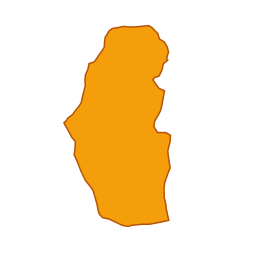 outline of Ujar District, Ucar, Azerbaijan, rotated 74°
{"feature_id": "54616110B8701125158325", "entity_name": "Ujar District", "entity_type": "district", "adm_level": 2, "iso_a3": "AZE", "parent_name": "Azerbaijan", "parent_adm1": "Ucar", "projection": "albers", "projection_center": [47.737, 40.438], "detail": "fine", "context": "isolated", "style": "filled", "palette": "amber", "viewbox_px": 256, "rotation_deg": 74, "n_neighbors": 0, "source": "geoboundaries", "source_scale": "gbopen_adm2", "svg_char_len": 1224}
<svg xmlns="http://www.w3.org/2000/svg" viewBox="0 0 256 256"><g transform="rotate(74 128 128)"><path d="M55.3,147.7L59.9,150.0L65.3,154.3L70.5,156.3L75.5,157.4L82.3,161.3L85.5,163.2L90.9,166.1L94.0,169.7L96.6,173.6L99.8,177.7L101.9,183.1L104.1,185.6L105.2,188.1L107.6,187.8L111.9,186.6L121.4,184.6L126.4,182.3L134.2,185.0L138.7,187.1L147.6,185.9L155.8,185.2L166.7,183.4L174.2,180.2L178.8,178.8L186.3,178.8L192.6,178.8L198.8,179.4L202.7,179.4L204.1,178.7L207.2,177.1L210.4,171.2L215.4,165.5L220.1,160.2L222.6,154.9L222.6,151.1L224.4,141.0L226.4,133.9L226.8,130.3L227.7,119.6L228.0,114.3L226.8,114.2L216.6,113.5L212.3,112.7L204.7,112.3L196.7,110.2L191.0,108.0L182.8,102.3L178.0,98.5L167.6,97.2L161.0,96.1L152.4,91.1L146.6,89.2L142.8,93.0L140.5,100.9L133.8,102.8L128.4,100.2L124.6,96.0L120.7,92.3L116.5,89.7L102.3,82.7L98.2,87.5L88.5,90.8L86.8,88.5L86.6,83.7L81.4,79.2L75.9,76.2L73.8,71.1L72.7,71.7L69.9,70.7L66.5,68.2L61.1,67.9L55.3,69.4L51.1,73.3L45.5,73.3L38.7,76.9L35.5,79.6L34.6,83.3L33.5,89.6L32.4,94.9L31.1,99.4L29.1,104.2L28.7,109.8L28.0,115.8L29.4,119.4L33.3,123.5L34.1,124.7L38.5,126.7L43.8,128.6L47.7,133.0L50.0,136.1L54.5,141.2L55.3,143.4L55.3,147.7Z" fill="#f59e0b" stroke="#b45309" stroke-width="1.5"/></g></svg>